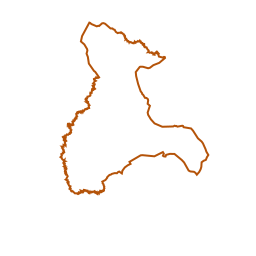 Phang Khon, Sakon Nakhon, Thailand, rotated 298°
{"feature_id": "78962969B14140185659984", "entity_name": "Phang Khon", "entity_type": "district", "adm_level": 2, "iso_a3": "THA", "parent_name": "Thailand", "parent_adm1": "Sakon Nakhon", "projection": "albers", "projection_center": [103.735, 17.372], "detail": "fine", "context": "isolated", "style": "outline", "palette": "amber", "viewbox_px": 256, "rotation_deg": 298, "n_neighbors": 0, "source": "geoboundaries", "source_scale": "gbopen_adm2", "svg_char_len": 5681}
<svg xmlns="http://www.w3.org/2000/svg" viewBox="0 0 256 256"><g transform="rotate(298 128 128)"><path d="M209.3,58.9L209.1,57.2L208.3,56.0L204.5,54.6L204.3,53.8L203.1,52.7L202.6,46.9L203.0,45.2L202.9,44.4L187.6,44.3L182.3,45.8L181.3,50.2L178.5,54.8L177.3,55.8L174.2,56.5L171.9,59.2L166.5,63.2L162.4,71.2L162.2,72.7L159.1,78.7L158.4,78.3L158.1,77.5L157.6,77.2L157.8,76.1L157.0,76.2L155.3,74.9L154.7,75.3L154.5,77.4L153.4,76.7L150.8,76.3L151.0,78.1L149.9,78.2L149.2,78.0L148.6,77.1L148.0,77.9L148.2,78.7L147.6,79.1L147.1,80.5L146.7,80.3L147.0,79.4L146.0,79.4L146.4,78.5L145.8,78.0L145.4,78.1L145.6,78.6L144.7,79.1L144.0,78.6L141.9,79.4L141.5,78.2L140.4,78.6L139.6,79.4L138.8,79.5L136.7,77.9L137.4,77.2L135.0,78.0L134.6,77.1L133.6,76.9L133.2,77.1L133.3,77.8L132.7,78.1L132.9,78.8L132.1,79.5L132.3,80.5L131.7,80.8L131.2,79.7L130.9,81.8L130.2,82.2L130.0,83.2L129.2,82.8L127.4,84.3L126.5,83.0L126.1,83.1L125.6,82.5L125.4,82.8L124.8,82.2L124.5,81.3L122.4,81.1L122.5,80.4L122.0,79.7L121.6,79.8L121.6,80.5L120.8,80.6L121.2,80.0L120.4,80.1L120.1,79.7L120.7,78.7L120.4,78.0L120.1,77.9L119.3,78.6L119.3,77.1L118.5,77.0L118.9,76.5L118.2,75.8L117.2,75.8L116.8,76.3L116.1,75.7L114.9,76.6L114.5,77.5L113.9,77.2L113.1,77.7L112.7,76.8L112.0,76.8L111.7,77.6L110.7,76.6L110.1,76.7L110.1,77.4L109.3,77.4L108.5,77.1L108.6,76.3L107.7,76.6L107.4,76.1L105.2,78.3L104.5,77.8L104.5,77.0L103.8,76.7L104.7,76.4L104.0,74.9L104.3,74.2L103.5,73.0L102.4,73.4L102.5,73.8L102.0,74.2L102.4,74.6L102.4,75.7L102.0,75.8L102.2,75.4L101.5,75.0L101.8,76.0L100.5,76.1L100.4,76.5L100.9,76.5L100.9,77.3L100.4,77.2L99.6,78.6L99.1,78.6L99.3,79.0L97.4,79.3L97.3,79.8L96.8,79.8L96.3,78.8L95.3,79.3L94.9,78.6L93.9,78.3L93.7,77.1L92.5,77.1L91.9,76.0L90.2,76.4L90.1,75.0L89.5,74.7L89.2,75.3L89.7,76.5L88.9,76.2L87.1,77.0L87.3,77.8L87.7,77.1L88.1,77.0L88.1,77.7L88.7,77.9L88.3,78.0L87.6,79.5L86.2,78.7L85.9,79.1L85.1,79.2L83.9,80.8L83.3,81.1L83.6,80.2L82.7,79.6L82.7,79.1L81.3,79.9L80.6,78.5L80.4,79.2L79.5,79.1L79.4,79.8L78.7,80.4L79.7,80.9L79.1,80.8L76.6,83.1L76.1,82.8L76.3,82.3L75.9,81.9L75.0,82.6L73.6,81.4L72.5,82.6L70.7,82.1L70.7,83.3L70.1,83.6L69.4,85.1L69.4,86.1L69.0,86.5L69.8,86.8L69.0,87.0L69.1,88.1L68.3,87.4L67.1,87.3L67.3,87.9L66.7,88.1L66.8,88.7L66.0,88.6L65.6,89.8L65.0,90.3L64.5,90.0L64.7,90.6L64.0,90.6L64.0,90.0L63.5,90.3L63.3,90.9L63.7,91.6L62.6,91.4L63.0,92.8L62.3,93.0L62.0,92.3L60.7,92.4L60.1,92.7L59.9,93.3L60.1,93.9L59.6,94.3L59.3,93.6L58.9,94.2L58.5,93.9L58.0,94.6L58.5,94.7L58.4,95.4L57.1,97.4L54.3,97.4L53.8,98.0L53.2,97.5L53.1,98.9L53.4,99.4L51.9,99.9L52.4,100.9L51.5,101.4L50.7,101.1L50.1,102.3L49.4,102.9L49.5,104.6L48.2,104.7L47.8,105.4L47.3,104.8L46.8,104.9L46.8,106.0L45.7,107.4L46.1,107.9L45.7,108.4L46.2,108.9L45.4,111.8L46.2,113.3L46.2,114.9L47.4,115.7L47.5,115.3L47.0,114.4L48.1,114.7L47.9,115.4L49.0,116.8L49.6,116.2L50.0,117.0L50.6,116.1L50.8,117.7L49.9,117.9L49.9,118.4L50.9,118.6L51.2,117.7L52.1,118.8L52.2,118.1L52.6,118.0L52.9,118.8L52.2,119.0L52.8,119.6L52.6,120.6L53.4,120.8L53.7,121.8L53.0,122.3L53.3,122.9L52.7,122.8L52.3,123.6L52.9,123.8L52.6,124.7L53.8,124.6L53.5,125.1L53.8,125.7L54.3,125.8L54.2,126.3L54.8,126.8L55.1,126.6L55.4,127.3L56.4,128.0L55.6,128.7L56.6,129.4L56.6,130.6L56.1,130.6L56.0,130.2L55.5,130.3L55.4,131.9L55.8,131.7L56.4,132.6L57.0,132.3L56.8,132.9L57.3,132.7L57.9,133.4L58.2,133.0L58.6,133.3L58.6,132.9L59.5,132.9L59.5,133.9L58.9,134.6L59.3,134.9L60.2,134.5L60.8,136.0L61.7,136.1L62.2,135.8L62.3,135.3L63.7,135.5L64.6,134.5L65.3,134.5L65.9,133.4L66.8,132.9L67.2,131.6L68.1,131.2L68.6,130.5L71.5,132.5L74.2,133.0L74.6,132.7L75.8,133.0L77.9,133.7L78.7,134.7L79.8,135.2L81.9,137.4L82.9,139.5L84.4,139.9L85.4,140.7L85.0,143.9L87.7,143.1L91.7,143.7L95.0,145.3L97.5,147.1L98.8,145.2L109.8,152.0L110.8,153.5L115.4,164.6L123.1,170.1L122.1,171.7L119.9,171.9L119.8,173.2L120.4,174.5L122.2,174.3L124.8,177.1L126.9,181.2L125.0,190.5L123.9,193.7L118.9,201.5L118.9,203.4L120.3,206.8L120.1,208.6L119.1,210.7L122.6,211.5L125.6,211.5L128.1,211.0L132.3,209.1L134.6,210.2L136.4,211.7L139.3,211.4L141.9,211.6L143.9,208.3L145.8,206.3L149.6,201.4L150.6,199.4L151.7,194.6L156.2,186.6L157.2,183.9L154.8,176.7L155.6,175.7L155.5,174.9L152.4,171.0L152.5,169.8L152.1,169.4L151.9,168.1L150.6,167.2L145.2,157.7L144.5,149.3L146.4,144.1L149.1,139.6L150.9,138.1L157.9,136.9L158.6,134.0L161.9,132.8L162.8,132.0L163.2,130.2L162.6,128.8L164.4,125.9L164.6,124.7L165.4,124.0L166.4,121.9L171.6,116.3L177.7,110.8L181.0,108.6L187.4,109.7L187.9,110.1L189.1,112.5L190.2,117.7L191.5,119.1L195.4,120.9L200.2,125.0L207.2,127.8L207.9,127.2L207.7,126.4L206.5,125.5L205.6,121.8L206.4,120.9L207.3,120.4L207.4,119.5L208.1,120.0L209.0,117.6L208.3,117.3L207.5,118.1L207.5,117.1L206.3,116.5L205.2,117.1L204.9,116.2L205.8,116.4L206.1,116.0L205.5,115.2L206.0,114.3L205.5,113.9L205.7,113.4L205.3,113.3L205.2,112.5L204.6,111.7L204.9,110.8L204.4,110.1L205.4,110.3L206.1,109.9L206.5,108.4L207.9,106.5L207.2,105.2L207.4,104.3L207.8,104.3L207.8,103.8L208.5,103.2L208.9,103.4L209.7,102.8L209.5,102.2L208.6,101.7L208.8,101.5L209.5,101.8L209.3,101.1L209.7,100.7L209.3,100.3L209.3,99.4L210.4,98.7L210.3,97.9L210.6,97.4L209.6,97.3L209.4,96.0L208.9,96.1L207.7,94.5L207.1,94.6L207.3,93.8L206.8,94.1L206.8,93.7L205.5,93.4L205.4,93.1L205.8,93.1L205.9,92.7L205.2,92.0L205.0,91.0L205.2,90.2L204.9,90.0L204.7,88.8L204.3,88.8L204.7,88.4L204.4,87.7L204.8,87.3L204.4,86.8L204.9,86.6L205.0,85.7L205.4,85.4L205.5,84.6L205.2,84.4L205.9,84.3L205.7,83.8L206.2,82.9L206.8,82.8L207.1,82.1L207.6,82.3L208.1,81.9L208.1,81.0L208.7,80.5L208.5,80.0L209.0,78.9L209.2,77.3L208.7,77.2L208.9,76.7L208.5,76.5L207.9,75.3L206.9,74.3L207.2,72.0L208.5,70.1L208.2,68.9L208.6,67.6L207.7,65.8L209.3,58.9Z" fill="none" stroke="#b45309" stroke-width="2"/></g></svg>